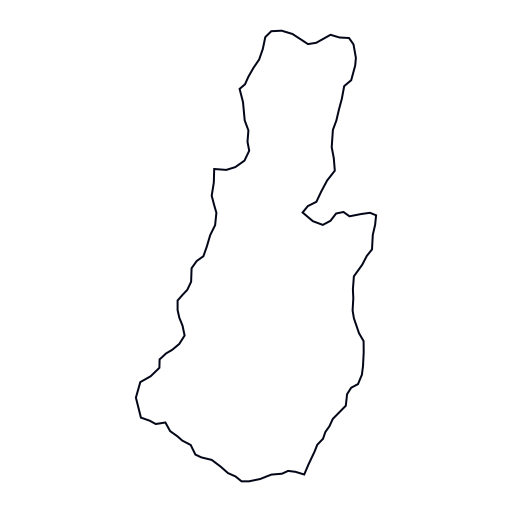 the district of Santana da Ponte Pensa, São Paulo, Brazil
{"feature_id": "56859067B61515541575492", "entity_name": "Santana da Ponte Pensa", "entity_type": "district", "adm_level": 2, "iso_a3": "BRA", "parent_name": "Brazil", "parent_adm1": "São Paulo", "projection": "natural_earth1", "projection_center": [-50.796, -20.251], "detail": "fine", "context": "isolated", "style": "outline", "palette": "ink", "viewbox_px": 512, "rotation_deg": 0, "n_neighbors": 0, "source": "geoboundaries", "source_scale": "gbopen_adm2", "svg_char_len": 1605}
<svg xmlns="http://www.w3.org/2000/svg" viewBox="0 0 512 512"><path d="M349.0,38.0L339.5,37.5L330.5,34.8L316.2,42.8L308.0,44.1L292.5,34.0L281.7,30.7L271.3,31.2L265.3,37.1L262.8,49.0L259.1,59.6L253.5,67.8L248.4,76.7L245.0,84.3L239.6,88.9L243.0,102.1L244.7,120.4L248.4,130.4L247.5,141.8L249.2,150.7L244.5,160.6L235.3,167.1L226.3,169.9L214.2,169.0L213.8,182.7L211.7,195.7L214.1,204.9L216.4,212.8L215.1,225.2L210.2,235.1L206.8,246.6L203.4,256.2L196.7,261.0L191.6,268.2L191.1,281.8L187.3,289.8L182.5,294.9L177.6,300.5L177.6,310.1L179.3,317.7L182.5,325.6L184.6,335.5L179.3,343.9L172.2,349.8L166.1,353.4L159.6,359.4L159.4,367.8L150.7,376.2L140.3,382.1L135.9,397.6L140.9,417.6L149.7,420.7L155.7,424.0L165.4,422.5L170.1,431.1L177.4,436.3L182.3,440.6L190.7,445.0L195.4,454.6L201.4,457.4L211.7,459.9L220.5,466.5L228.0,473.1L235.6,476.5L241.5,481.3L249.1,481.3L260.2,479.0L271.3,474.6L282.0,473.7L288.1,470.9L295.4,471.8L304.2,474.5L308.6,464.2L314.6,451.5L317.3,444.7L323.0,438.8L325.4,431.9L329.4,426.3L332.8,418.9L345.8,405.7L347.1,394.1L351.2,387.7L358.0,384.1L361.9,374.7L363.0,366.1L363.7,352.3L363.6,341.1L359.0,333.2L353.9,318.3L352.6,310.4L353.3,298.4L352.9,289.3L353.9,276.3L362.3,264.6L366.8,255.9L372.0,249.4L372.8,234.8L375.1,224.9L376.1,215.3L370.0,212.8L361.3,214.0L349.5,216.3L343.5,212.0L336.1,213.5L330.5,220.8L322.8,224.9L312.9,221.2L302.6,212.5L307.8,206.1L316.4,201.8L321.1,191.8L327.1,180.5L334.8,170.7L333.8,158.3L331.7,147.1L332.9,129.9L336.4,120.4L338.9,109.7L341.8,98.9L344.2,86.1L351.2,80.2L355.2,65.5L355.9,57.9L353.5,44.4L349.0,38.0Z" fill="none" stroke="#020617" stroke-width="2"/></svg>